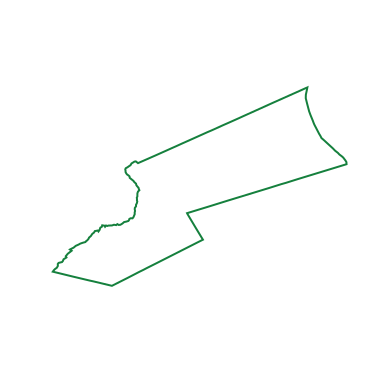 outline of Bodocó, Pernambuco, Brazil, rotated 73°
{"feature_id": "56859067B90933022981907", "entity_name": "Bodocó", "entity_type": "district", "adm_level": 2, "iso_a3": "BRA", "parent_name": "Brazil", "parent_adm1": "Pernambuco", "projection": "equal_earth", "projection_center": [-39.967, -7.683], "detail": "fine", "context": "isolated", "style": "outline", "palette": "green", "viewbox_px": 384, "rotation_deg": 73, "n_neighbors": 0, "source": "geoboundaries", "source_scale": "gbopen_adm2", "svg_char_len": 2102}
<svg xmlns="http://www.w3.org/2000/svg" viewBox="0 0 384 384"><g transform="rotate(73 192 192)"><path d="M125.7,51.1L130.3,88.2L134.5,121.0L135.1,125.5L136.5,136.8L137.2,142.8L138.8,155.1L139.3,159.9L139.9,164.6L141.5,177.3L142.7,187.1L143.6,193.9L144.2,198.9L144.9,204.4L146.4,216.5L148.6,235.2L146.3,236.8L146.1,238.2L146.5,239.5L147.0,241.5L148.4,243.0L148.9,244.7L149.5,246.5L149.9,248.4L150.8,249.2L152.0,249.3L153.6,249.7L155.1,249.4L156.2,249.0L157.7,247.8L158.8,247.2L160.3,247.4L164.3,244.7L165.4,244.4L167.7,243.1L169.3,243.2L170.4,242.8L172.4,241.9L173.4,242.0L174.9,241.8L175.8,243.5L177.3,244.6L180.4,245.6L181.2,246.4L182.8,246.7L183.8,247.1L185.1,247.1L186.7,248.1L187.9,249.3L189.3,249.7L190.5,251.3L191.7,251.8L193.5,252.0L194.8,252.8L196.5,253.3L199.0,255.4L199.8,256.6L199.2,258.2L199.4,259.7L200.3,260.3L201.1,261.3L201.1,263.6L200.9,265.7L201.8,267.7L202.4,270.0L202.1,271.7L200.9,272.8L201.5,274.2L200.5,276.2L200.6,278.2L200.2,279.7L199.7,281.6L199.7,283.0L198.9,284.0L199.8,285.3L198.6,285.6L197.6,287.6L198.9,288.4L199.3,290.1L201.2,291.4L202.4,293.0L201.3,293.3L201.0,296.4L202.1,297.5L202.9,299.6L204.6,301.7L205.5,303.8L206.5,304.6L207.6,306.3L208.0,307.5L208.7,308.6L208.6,311.2L208.7,314.0L209.1,315.7L209.5,318.9L210.6,321.5L211.0,323.9L211.3,325.5L213.0,324.3L214.7,328.8L216.5,331.5L217.9,331.2L218.8,334.5L220.2,335.6L221.0,336.8L220.8,340.3L221.6,341.4L223.5,341.9L224.9,343.4L225.7,345.7L226.5,347.1L227.5,348.4L237.9,330.9L246.7,315.9L248.6,312.5L258.3,296.0L255.4,279.1L253.7,269.8L253.0,266.0L252.2,261.0L251.6,257.9L249.7,246.7L241.7,200.8L241.4,199.0L240.8,195.5L227.0,199.0L212.0,202.7L210.8,202.9L210.8,189.7L210.8,185.4L210.8,179.1L210.7,160.3L210.7,154.0L210.7,117.2L210.6,104.3L210.7,99.5L210.6,87.5L210.6,73.5L210.6,36.1L208.6,35.6L206.9,36.0L203.3,37.3L201.5,38.4L199.2,40.1L197.3,41.0L194.3,43.1L191.5,44.5L186.6,47.4L180.3,51.1L178.3,52.4L176.5,52.7L175.5,52.9L173.6,53.4L163.3,55.3L161.3,55.5L159.3,55.6L158.2,55.7L152.8,56.2L149.1,56.4L141.5,56.1L135.6,55.8L132.3,54.7L127.8,52.2L125.7,51.1Z" fill="none" stroke="#15803d" stroke-width="2"/></g></svg>